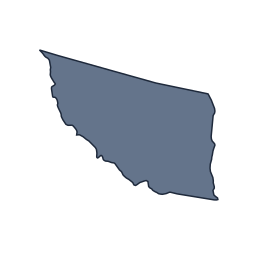 the border of Cayo, rotated 102°
{"feature_id": "BLZ-1324", "entity_name": "Cayo", "entity_type": "District", "adm_level": 1, "iso_a3": "BLZ", "parent_name": "Belize", "parent_adm1": "", "projection": "orthographic", "projection_center": [-88.805, 16.941], "detail": "fine", "context": "isolated", "style": "filled", "palette": "slate", "viewbox_px": 256, "rotation_deg": 102, "n_neighbors": 0, "source": "natural_earth", "source_scale": "10m", "svg_char_len": 2027}
<svg xmlns="http://www.w3.org/2000/svg" viewBox="0 0 256 256"><g transform="rotate(102 128 128)"><path d="M70.1,230.8L71.7,211.5L75.1,158.8L78.2,110.2L78.0,56.8L83.4,52.3L90.9,47.4L93.4,46.5L95.4,46.4L96.8,46.9L98.2,47.3L119.0,44.9L121.5,44.1L123.4,42.8L124.4,41.3L125.7,39.8L126.9,39.4L129.6,39.8L132.8,40.1L137.0,39.9L138.9,40.0L141.4,39.7L146.2,40.0L150.3,39.4L153.5,38.3L158.8,34.7L161.8,33.6L163.9,33.2L167.5,31.4L168.9,31.1L171.4,31.9L175.6,30.1L176.7,28.3L177.8,25.9L179.3,25.2L179.9,26.3L180.4,28.8L182.2,66.2L182.2,66.3L182.0,73.1L182.2,74.1L184.2,77.0L185.7,80.6L185.9,82.7L185.9,84.4L185.0,86.6L184.8,87.9L184.1,90.0L183.7,90.9L183.4,91.3L183.0,91.6L182.7,92.1L182.4,92.8L182.2,93.7L181.6,94.8L181.2,95.3L180.8,95.7L180.2,95.9L176.2,97.4L175.6,99.3L176.3,100.8L178.9,105.1L181.4,107.3L182.6,108.6L182.5,110.2L181.7,111.0L180.7,111.7L180.1,112.5L178.2,116.3L177.2,119.3L176.0,121.5L174.9,123.1L172.9,124.6L172.0,125.4L170.8,127.6L165.4,133.5L165.1,134.5L165.1,135.3L165.2,136.1L165.2,137.2L164.8,139.7L164.7,140.7L165.0,143.0L164.8,144.0L164.5,144.8L164.1,145.4L163.5,145.9L161.8,146.7L160.7,147.7L160.4,148.3L160.6,149.0L162.9,150.7L163.6,151.4L163.5,152.0L163.0,152.5L162.3,152.7L159.0,153.2L155.6,154.4L154.7,155.1L153.8,156.0L148.8,163.6L147.8,166.4L145.9,170.0L144.8,173.7L144.8,174.5L145.5,176.8L142.4,177.0L141.0,177.8L140.5,178.2L139.5,179.3L137.6,181.7L137.1,182.6L136.9,183.4L137.7,186.6L137.8,187.6L137.3,189.5L133.7,193.2L130.8,195.5L130.0,195.8L128.6,196.2L127.3,196.9L122.5,200.6L120.9,201.6L119.8,201.9L118.9,201.7L117.8,202.0L115.8,202.9L114.8,203.6L114.0,204.3L113.2,205.5L113.2,206.2L113.4,207.7L112.7,208.3L105.6,211.0L104.6,211.2L103.8,211.2L103.2,210.8L102.0,209.5L101.5,209.0L100.9,208.6L100.0,208.3L99.6,208.6L98.4,210.0L94.7,213.5L93.3,214.5L92.2,215.1L89.1,215.5L87.8,215.9L87.2,216.1L84.8,216.2L78.5,218.8L77.6,219.4L76.9,220.3L76.3,221.2L76.2,221.6L76.0,222.5L75.7,223.2L75.2,224.1L74.0,225.6L73.1,226.5L72.1,227.8L70.1,230.8Z" fill="#64748b" stroke="#1e293b" stroke-width="1.5"/></g></svg>